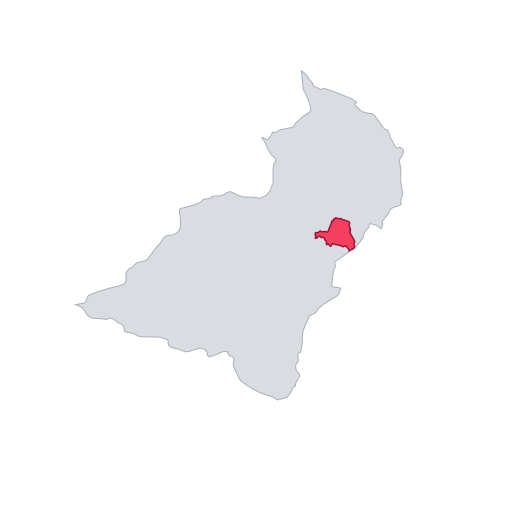 location of Batangafo, Ouham, Central African Republic, rotated 150°
{"feature_id": "33826404B19230963390716", "entity_name": "Batangafo", "entity_type": "district", "adm_level": 2, "iso_a3": "CAF", "parent_name": "Central African Republic", "parent_adm1": "Ouham", "projection": "robinson", "projection_center": [18.084, 7.412], "detail": "fine", "context": "in_parent", "style": "filled", "palette": "rose", "viewbox_px": 512, "rotation_deg": 150, "n_neighbors": 0, "source": "geoboundaries", "source_scale": "gbopen_adm2", "svg_char_len": 6744}
<svg xmlns="http://www.w3.org/2000/svg" viewBox="0 0 512 512"><g transform="rotate(150 256 256)"><path d="M342.8,191.0L346.9,192.2L347.6,193.6L346.5,198.3L347.3,201.2L349.6,203.6L351.9,204.7L354.2,205.3L362.0,206.8L365.2,208.5L369.5,214.0L374.9,218.9L376.2,221.5L376.0,223.9L374.4,226.8L374.7,228.0L377.1,230.9L380.0,233.9L385.2,237.2L394.2,242.4L398.3,245.8L399.7,248.5L402.0,251.3L405.2,253.9L407.4,255.9L405.9,261.6L406.4,263.5L407.2,265.1L409.1,267.3L409.8,270.2L411.7,273.8L413.9,275.4L417.6,276.0L419.6,277.7L423.6,280.6L427.6,283.0L429.3,284.7L430.3,286.2L431.2,288.0L431.7,289.8L431.8,293.6L432.5,298.4L434.6,301.7L436.6,304.1L428.6,301.3L427.4,301.3L425.9,301.7L421.8,305.2L420.4,305.6L415.1,304.9L402.3,302.2L392.5,299.6L389.5,298.6L384.3,297.7L380.8,299.5L377.6,305.6L376.6,306.8L371.5,308.6L369.1,308.1L363.2,309.8L354.0,307.2L350.7,307.7L348.2,309.0L341.6,311.8L337.6,313.4L333.0,314.8L328.6,317.0L325.6,318.2L322.7,318.2L320.1,316.9L317.2,315.9L313.8,315.6L310.2,316.3L307.2,318.7L306.0,320.5L303.3,325.1L300.2,332.6L299.0,334.1L297.9,334.9L283.6,331.1L277.4,330.3L273.3,331.4L268.1,329.3L265.8,328.9L264.7,329.6L261.8,328.6L257.1,326.1L252.5,325.0L248.5,325.4L246.0,324.5L244.0,322.0L241.4,317.5L236.7,312.9L230.5,309.3L226.6,306.6L225.0,304.7L221.7,303.7L216.5,303.5L211.6,305.3L204.5,311.0L197.9,322.6L194.2,327.1L191.3,328.2L190.5,331.0L192.0,335.5L192.4,340.6L191.4,349.3L191.7,355.6L190.2,354.6L188.7,351.6L187.9,351.0L183.6,352.4L181.3,353.6L180.1,354.8L179.2,354.9L177.8,353.3L176.7,353.0L175.0,353.3L173.3,353.3L172.1,353.1L171.4,353.2L169.3,352.3L161.8,349.8L160.6,349.0L159.1,349.1L155.2,351.2L153.1,351.8L146.9,353.1L140.3,353.8L137.8,353.8L136.0,354.8L134.9,356.1L132.8,364.1L132.3,365.5L132.4,367.5L131.8,374.0L132.0,376.0L124.1,393.8L122.8,390.8L122.0,387.3L121.6,383.4L121.8,382.3L121.3,381.1L120.6,377.9L121.3,375.8L120.8,373.6L119.2,371.4L117.8,369.8L117.0,368.3L116.3,367.7L114.8,367.5L112.7,366.7L103.9,356.3L94.7,344.6L92.9,340.8L92.1,338.6L94.4,338.4L94.9,338.0L95.0,337.0L93.6,334.0L92.9,330.1L91.8,327.8L88.2,324.2L84.8,321.5L83.7,320.1L83.1,318.1L81.8,305.5L81.2,301.9L80.1,300.3L79.3,299.6L79.0,298.7L79.2,296.5L79.6,294.5L79.6,293.7L80.5,291.9L80.6,280.2L79.5,278.6L77.4,278.6L76.3,276.9L75.4,274.8L75.7,273.3L77.7,270.9L79.0,270.0L82.9,268.1L84.0,267.2L84.7,266.0L85.1,264.4L87.4,258.4L90.8,252.5L92.2,251.2L95.7,242.4L96.5,240.2L97.0,237.9L98.1,236.1L101.8,233.1L104.7,227.9L107.7,228.2L110.8,229.0L114.8,229.4L117.9,228.4L120.0,226.4L129.7,222.8L130.4,220.0L131.9,218.6L133.7,217.3L134.3,217.1L134.4,218.0L135.5,220.9L137.7,223.8L140.9,227.0L141.9,226.8L143.9,224.4L148.9,222.9L150.2,222.3L153.8,218.7L158.1,216.5L160.6,215.7L165.0,213.4L168.1,213.7L173.1,213.3L181.4,212.2L187.4,211.8L190.4,211.4L191.2,210.9L192.3,207.5L193.2,206.6L195.5,205.1L199.9,200.1L202.8,195.8L203.7,194.2L204.3,193.9L205.5,192.1L204.3,190.3L199.3,186.4L199.4,185.9L199.1,185.3L199.4,184.8L201.3,183.2L203.8,181.4L206.6,180.8L213.6,180.9L219.7,180.5L221.1,180.6L225.8,179.7L229.0,178.9L232.3,177.1L239.8,177.3L246.0,172.6L247.8,171.8L248.6,171.0L248.8,170.3L251.8,168.5L255.0,164.6L257.6,161.2L258.3,158.8L265.3,150.5L267.8,150.7L269.0,149.7L271.8,144.2L272.7,143.1L275.6,142.2L276.9,140.5L278.1,138.1L278.1,135.1L277.6,132.7L277.6,131.6L278.2,130.5L279.4,129.4L284.7,126.4L286.1,125.0L286.9,123.7L288.4,123.5L290.0,123.6L291.1,122.8L292.2,121.5L295.9,119.7L299.4,118.2L303.0,118.8L309.5,120.7L311.5,124.6L312.4,126.0L320.6,135.2L322.2,137.5L326.2,144.2L328.7,148.8L331.5,155.3L331.8,158.8L331.4,161.9L330.9,170.5L330.2,173.0L326.6,177.7L326.5,179.7L327.2,181.5L328.3,182.2L329.0,183.1L328.6,187.1L329.9,188.7L332.5,189.7L339.3,190.4L342.8,191.0Z" fill="#d9dde1" stroke="#a8b0b8" stroke-width="1"/><path d="M160.4,233.5L160.7,233.8L160.7,234.0L160.5,234.3L160.3,234.5L160.2,235.0L160.2,235.6L159.7,236.7L159.4,237.0L159.2,237.1L158.9,237.1L158.7,237.2L158.5,237.4L158.4,237.8L158.4,238.1L158.5,238.5L158.5,238.9L158.3,239.2L161.9,243.4L163.2,244.4L163.6,245.8L163.8,246.1L164.1,246.2L164.4,246.3L164.5,246.3L165.0,246.5L165.5,246.6L165.9,246.9L166.1,247.3L166.5,247.9L167.1,248.5L167.4,248.8L168.1,249.1L168.2,248.8L168.5,248.7L168.8,248.6L169.0,248.9L169.5,249.2L170.2,248.9L170.5,248.8L170.9,248.7L171.3,248.5L171.9,248.0L171.9,247.9L172.0,247.8L172.2,247.7L172.4,247.6L172.9,248.3L173.1,248.1L173.3,247.9L173.5,247.7L173.8,247.3L174.0,247.1L174.7,246.5L181.2,241.4L181.3,241.3L181.6,241.0L182.0,240.8L182.2,241.0L182.6,241.4L183.0,241.7L183.2,241.9L183.5,242.2L183.9,242.5L184.2,242.9L184.4,243.1L184.7,243.2L185.0,243.2L185.3,243.1L185.6,243.2L185.9,243.5L186.3,243.8L186.7,244.0L187.2,244.3L187.3,244.7L187.6,245.3L188.1,245.5L188.6,245.6L189.0,245.6L189.7,245.3L190.4,245.2L191.1,245.5L192.3,246.2L192.8,246.3L193.0,246.3L193.0,246.0L193.0,245.7L193.4,245.3L193.5,245.2L194.0,245.1L194.2,244.9L194.3,244.6L194.3,244.3L194.3,244.0L194.3,243.7L194.4,243.3L194.5,243.0L194.6,242.7L194.9,242.4L195.0,242.3L195.2,242.2L195.4,242.1L195.6,242.0L195.7,241.8L195.7,241.7L195.2,241.3L194.5,241.1L194.3,241.3L194.0,241.5L193.7,241.7L193.2,241.7L192.8,241.7L192.7,241.6L192.4,241.5L192.3,241.4L192.0,241.4L191.4,241.5L191.1,241.5L190.9,241.3L190.6,241.1L190.5,240.9L190.3,240.4L190.2,240.1L190.2,239.9L190.2,239.7L190.3,239.4L190.0,239.4L189.7,239.4L189.3,239.2L189.0,239.0L188.8,238.8L188.5,238.5L188.3,238.1L188.0,236.6L188.1,236.3L188.2,236.0L188.2,235.6L188.3,235.1L188.2,234.8L187.9,234.5L187.8,234.2L187.8,233.9L187.9,233.3L188.0,233.1L188.2,232.7L188.3,232.5L188.6,232.2L188.7,231.9L188.8,231.7L188.9,231.4L189.1,231.1L189.1,230.8L189.0,230.6L188.9,230.3L188.7,230.3L188.0,230.8L187.1,229.8L187.1,229.3L187.0,227.7L186.3,227.1L183.4,228.7L182.8,227.6L181.6,226.4L180.2,225.2L179.0,224.1L178.3,223.8L178.0,223.2L177.8,222.7L177.2,222.6L177.1,222.2L176.5,221.0L176.1,220.6L175.8,220.4L175.5,220.3L175.0,220.2L174.6,220.2L174.1,220.2L173.7,220.2L173.3,220.0L173.2,219.7L173.2,219.4L173.1,219.0L173.1,218.7L172.9,218.5L172.7,218.4L172.7,218.1L172.7,217.5L172.6,217.2L172.4,216.8L172.3,216.3L172.4,215.7L172.6,215.1L172.8,214.1L172.6,214.2L171.6,214.1L170.5,213.9L169.1,213.7L168.4,213.7L167.9,213.6L167.3,214.0L167.1,214.1L167.1,214.3L166.8,214.5L166.7,214.5L166.2,214.8L165.9,214.9L165.7,215.0L165.6,215.5L165.6,215.8L165.5,216.2L165.5,216.7L165.4,217.0L165.2,217.4L165.1,217.7L164.9,217.9L164.6,218.1L164.4,218.1L164.0,218.3L163.8,218.5L163.7,218.7L163.6,218.9L163.1,219.6L163.0,227.9L163.1,228.3L163.0,228.7L163.0,229.0L163.0,229.3L163.0,229.5L162.7,229.7L162.4,229.9L162.2,230.0L161.9,230.4L161.9,230.5L161.8,230.8L161.8,231.0L161.8,231.3L161.6,231.3L161.4,231.3L161.2,231.3L161.0,231.5L161.1,231.8L161.2,232.5L160.8,232.7L160.7,232.9L160.5,233.1L160.4,233.5Z" fill="#f43f5e" stroke="#9f1239" stroke-width="1.5"/></g></svg>